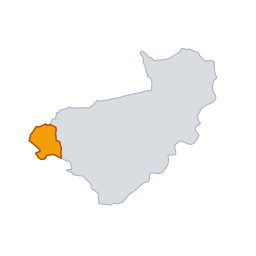 Tapoa on a map of Burkina Faso (Albers equal-area conic projection), rotated 167°
{"feature_id": "BFA-2878", "entity_name": "Tapoa", "entity_type": "Province", "adm_level": 1, "iso_a3": "BFA", "parent_name": "Burkina Faso", "parent_adm1": "", "projection": "albers", "projection_center": [1.792, 12.114], "detail": "fine", "context": "in_parent", "style": "filled", "palette": "amber", "viewbox_px": 256, "rotation_deg": 167, "n_neighbors": 0, "source": "natural_earth", "source_scale": "10m", "svg_char_len": 4544}
<svg xmlns="http://www.w3.org/2000/svg" viewBox="0 0 256 256"><g transform="rotate(167 128 128)"><path d="M189.9,160.6L183.4,160.8L181.1,161.5L179.7,161.5L179.6,160.9L179.5,160.6L171.4,158.6L165.7,157.4L159.9,156.0L159.6,157.2L158.7,158.0L157.5,158.1L156.6,157.9L156.0,158.8L155.1,160.0L153.7,160.6L152.4,161.4L151.7,162.0L151.1,162.0L149.8,160.5L148.1,160.3L144.8,160.5L143.3,160.1L141.3,159.8L136.6,160.1L129.0,159.4L127.7,159.7L127.4,160.0L119.9,160.0L111.6,159.9L104.6,159.9L98.6,159.9L98.6,159.6L96.6,159.5L96.4,160.0L94.6,166.4L94.3,169.8L95.2,172.0L96.2,173.4L97.4,173.9L97.5,174.7L96.5,175.7L96.6,176.7L97.7,177.8L97.9,178.9L97.3,180.0L97.4,182.8L98.2,187.3L98.1,190.1L97.3,191.4L97.7,193.7L99.1,196.8L99.4,198.2L98.8,198.8L97.5,199.6L96.3,199.5L94.9,197.6L94.2,196.7L93.1,194.8L92.1,192.8L90.7,191.9L89.4,191.1L87.8,188.6L86.3,187.4L84.6,187.7L82.2,187.2L77.3,186.5L72.1,186.6L69.9,187.1L67.7,188.0L62.2,189.8L60.0,190.8L58.3,193.2L56.5,193.1L54.6,192.3L53.5,191.1L51.0,191.3L48.6,190.2L46.3,187.9L44.6,187.2L42.5,185.6L41.9,182.6L40.6,180.5L39.4,177.6L37.6,176.2L35.4,175.5L32.4,175.6L30.4,174.3L28.9,172.6L29.4,171.2L30.1,169.1L30.3,167.1L30.8,163.9L30.6,159.8L30.2,157.0L31.9,155.8L33.8,154.8L35.0,152.9L36.4,148.6L37.0,144.9L36.7,143.5L36.1,142.4L35.6,140.8L35.4,138.8L35.7,137.1L37.2,135.5L39.1,134.3L40.4,133.7L43.8,133.1L48.1,132.2L50.6,131.1L52.4,130.1L53.4,129.2L54.5,127.4L56.1,126.0L57.5,124.6L57.7,120.7L57.8,118.4L56.8,117.2L56.4,116.1L62.7,113.1L62.8,111.0L62.0,108.5L60.8,106.5L60.4,104.8L62.2,102.8L63.7,101.4L64.9,100.1L67.4,98.2L70.0,97.8L72.3,98.6L79.1,103.3L80.3,103.6L81.7,103.3L83.6,102.1L85.9,101.2L86.9,98.2L86.8,93.7L87.4,91.6L88.7,91.3L92.6,92.2L93.6,92.3L94.8,92.0L95.6,91.2L95.6,89.8L95.5,88.5L96.8,84.3L99.2,81.3L104.0,77.4L105.5,76.7L107.2,76.3L115.7,79.1L117.1,78.5L119.3,71.8L121.6,71.2L124.3,71.1L126.1,70.6L127.1,70.1L131.1,67.7L138.3,64.3L142.2,62.9L142.9,62.3L145.7,59.9L149.3,57.1L151.6,56.6L154.8,56.4L156.9,56.9L157.4,57.7L158.1,58.1L162.2,56.9L168.2,58.9L173.4,60.8L173.0,62.0L173.0,64.0L172.5,67.3L172.0,71.3L174.1,73.9L176.7,76.7L177.4,77.7L176.7,80.4L177.1,82.0L178.5,84.7L180.8,88.1L183.1,91.6L184.8,92.0L186.3,92.3L187.3,92.9L188.7,93.5L190.0,93.9L191.2,94.7L192.0,95.5L193.0,97.6L195.7,99.0L197.5,100.4L196.8,101.1L194.5,100.8L192.3,100.2L192.0,101.2L191.9,105.2L192.2,108.4L192.7,108.9L194.9,109.5L200.2,113.7L204.9,117.8L206.5,118.8L209.2,119.2L212.1,119.4L213.4,119.0L216.2,117.0L217.8,116.8L219.2,116.8L219.9,117.1L221.3,118.8L222.6,121.3L223.0,123.1L222.8,124.1L222.4,124.5L220.1,125.0L219.0,125.3L218.8,125.9L219.2,127.1L219.6,127.9L222.2,131.5L225.9,136.4L227.1,137.6L226.4,139.1L224.5,142.8L223.1,144.4L216.9,149.8L213.8,149.2L207.4,150.3L206.4,149.0L204.9,148.9L203.1,149.1L202.4,149.5L202.2,150.1L201.5,150.8L200.3,152.9L199.4,153.5L198.3,153.8L196.9,153.7L196.0,154.0L196.0,155.1L195.8,156.0L194.8,156.5L194.4,157.5L194.5,158.5L193.9,159.0L192.7,158.7L192.0,158.4L191.3,159.7L190.5,160.6L189.9,160.6Z" fill="#d9dde1" stroke="#a8b0b8" stroke-width="1"/><path d="M227.1,137.6L226.2,140.1L225.8,140.7L224.9,141.8L224.6,142.5L224.6,143.0L224.6,143.3L224.5,143.5L224.2,143.8L222.8,144.6L221.0,146.1L217.7,149.5L216.9,149.9L216.1,149.8L215.0,149.4L214.4,149.1L214.1,149.1L213.8,149.2L213.4,149.1L212.9,149.2L211.9,149.6L211.5,149.6L210.4,149.6L210.0,149.7L209.5,149.9L208.3,150.2L207.9,150.4L207.4,150.6L206.9,149.6L206.5,149.6L206.5,149.4L206.6,149.1L206.6,148.9L204.3,148.7L203.8,148.6L203.4,148.4L203.2,148.8L202.9,148.9L202.7,148.6L200.9,147.1L199.0,145.9L198.2,144.8L198.3,142.6L198.2,142.2L198.6,141.9L199.1,141.0L199.4,139.9L199.8,138.9L200.0,137.7L200.0,136.4L200.7,132.2L200.7,131.4L200.0,131.2L199.1,131.0L198.0,130.4L197.5,129.1L197.7,128.0L197.9,126.9L197.5,124.3L197.4,123.0L197.9,121.9L198.5,120.8L199.1,118.5L199.3,118.0L199.5,117.1L199.2,116.4L199.1,115.7L199.2,115.3L200.1,113.6L200.7,114.2L202.7,115.9L204.1,117.1L205.8,118.5L206.5,118.9L207.3,119.1L209.9,119.3L213.0,119.6L213.5,119.6L213.9,119.3L214.2,118.8L214.4,118.3L214.9,117.7L215.0,117.4L215.3,117.2L215.5,117.3L216.0,117.1L216.4,116.7L216.6,116.6L219.1,116.8L220.0,117.0L220.7,117.8L220.8,118.3L221.2,118.7L221.5,118.9L221.9,119.2L222.1,119.5L222.3,119.8L222.4,120.1L222.6,121.7L222.7,122.0L222.9,122.4L223.0,122.6L223.4,122.9L223.5,123.1L223.4,123.5L223.4,124.2L223.3,124.5L222.9,124.6L221.4,124.7L221.0,124.5L220.8,124.6L220.6,124.8L219.1,125.2L218.7,125.5L218.6,126.3L219.1,127.2L220.2,128.7L222.0,131.3L223.8,133.7L225.8,136.5L227.1,137.6Z" fill="#f59e0b" stroke="#b45309" stroke-width="1.5"/></g></svg>